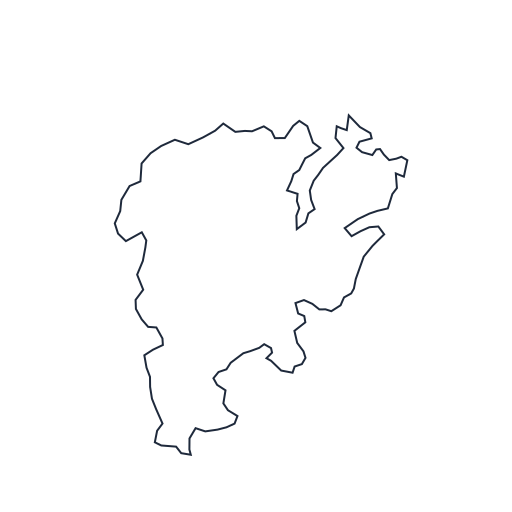 the district of Goseong-gun, South Gyeongsang, South Korea, rotated 331°
{"feature_id": "91817680B97433571779884", "entity_name": "Goseong-gun", "entity_type": "district", "adm_level": 2, "iso_a3": "KOR", "parent_name": "South Korea", "parent_adm1": "South Gyeongsang", "projection": "equal_earth", "projection_center": [128.32, 35.009], "detail": "fine", "context": "isolated", "style": "outline", "palette": "slate", "viewbox_px": 512, "rotation_deg": 331, "n_neighbors": 0, "source": "geoboundaries", "source_scale": "gbopen_adm2", "svg_char_len": 2149}
<svg xmlns="http://www.w3.org/2000/svg" viewBox="0 0 512 512"><g transform="rotate(331 256 256)"><path d="M143.0,214.7L141.0,230.8L129.4,236.0L125.3,244.1L125.3,256.0L127.3,265.7L134.2,270.2L134.2,282.8L131.4,288.7L120.5,288.0L110.2,288.7L106.1,300.6L104.7,310.3L99.9,319.2L95.8,330.4L94.4,341.6L93.0,357.2L84.8,360.9L77.2,369.9L81.3,375.8L93.7,384.0L95.0,392.2L102.6,398.2L103.9,393.0L109.4,383.3L119.7,377.3L126.6,384.8L138.2,389.2L147.1,391.5L156.0,392.2L162.2,387.0L156.7,377.3L156.0,369.1L164.2,358.7L159.5,349.8L159.5,342.3L167.0,339.3L175.2,340.8L182.1,337.1L197.8,334.9L204.7,336.4L214.3,337.9L220.4,337.1L224.5,343.8L223.2,348.3L215.6,350.5L218.4,355.0L222.5,368.4L231.4,375.8L236.2,371.4L243.7,372.8L249.9,369.1L251.3,362.4L249.9,352.0L253.3,340.1L267.0,337.9L269.1,331.9L265.0,326.7L267.7,316.3L276.6,317.8L282.1,325.2L285.5,333.4L291.0,336.4L295.1,340.8L299.9,340.5L306.1,340.1L310.0,337.1L312.9,334.9L313.8,334.9L321.1,334.9L325.9,331.9L326.8,330.8L332.1,324.5L341.6,316.1L345.6,312.6L349.9,308.8L362.9,303.6L366.7,302.5L369.5,301.7L378.6,299.2L377.3,289.5L369.1,285.8L359.5,285.0L349.2,285.0L347.1,274.6L362.9,273.1L375.9,273.9L384.1,275.4L394.4,278.3L405.3,267.9L412.2,264.9L418.3,251.6L423.8,258.3L434.8,245.6L431.3,239.7L425.9,238.9L419.0,236.7L417.0,229.3L416.3,222.6L412.8,221.1L406.7,224.1L399.1,216.6L396.4,210.0L401.9,206.2L414.2,209.2L415.6,204.0L409.4,193.6L405.3,178.0L396.4,189.9L392.3,185.4L389.5,181.7L382.7,191.4L384.8,204.0L375.9,207.0L357.4,211.4L349.8,215.2L343.0,218.1L334.8,224.8L331.4,233.7L330.0,243.4L322.5,244.1L315.6,250.8L304.7,252.3L310.8,240.4L317.0,235.2L318.4,227.8L322.5,221.8L314.9,213.7L323.1,207.7L328.6,202.5L335.5,201.8L340.9,198.1L346.4,194.4L353.3,194.4L364.6,192.7L360.8,184.4L363.8,167.3L359.4,158.8L351.6,160.2L338.4,166.8L329.7,162.1L330.1,154.5L325.7,146.4L313.0,145.0L306.9,141.2L298.1,137.4L291.6,124.3L281.0,126.6L267.1,126.6L251.0,125.4L241.4,115.0L226.4,113.8L213.6,115.0L200.8,119.6L191.1,134.7L179.4,133.5L165.5,141.6L159.0,150.9L148.3,159.0L146.2,169.5L149.4,179.9L167.6,179.9L167.6,189.2L163.3,195.0L154.7,205.4L143.0,214.7Z" fill="none" stroke="#1e293b" stroke-width="2"/></g></svg>